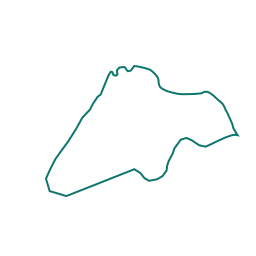 outline of Saratok, Sarawak, Malaysia, rotated 336°
{"feature_id": "92858781B50992839087050", "entity_name": "Saratok", "entity_type": "district", "adm_level": 2, "iso_a3": "MYS", "parent_name": "Malaysia", "parent_adm1": "Sarawak", "projection": "orthographic", "projection_center": [111.486, 1.78], "detail": "fine", "context": "isolated", "style": "outline", "palette": "teal", "viewbox_px": 256, "rotation_deg": 336, "n_neighbors": 0, "source": "geoboundaries", "source_scale": "gbopen_adm2", "svg_char_len": 1216}
<svg xmlns="http://www.w3.org/2000/svg" viewBox="0 0 256 256"><g transform="rotate(336 128 128)"><path d="M225.2,179.2L224.1,171.6L224.6,168.8L224.9,166.2L224.9,154.3L224.6,152.3L224.6,148.7L224.4,144.9L223.0,141.5L221.6,138.8L219.2,133.0L216.8,128.9L215.1,127.1L212.4,126.0L209.3,126.2L206.9,125.4L203.2,124.2L199.8,122.8L196.0,121.2L191.3,119.2L187.3,117.0L181.9,112.9L177.9,109.5L177.0,108.1L175.4,106.5L174.0,103.6L173.9,101.9L174.3,99.4L175.3,96.8L175.7,94.2L175.3,91.8L174.6,89.7L173.3,86.4L171.9,83.8L167.8,80.1L164.1,77.3L163.0,76.5L161.3,75.3L158.9,73.9L153.9,76.7L151.0,76.1L150.4,74.4L149.9,71.4L148.5,70.4L144.8,69.3L141.4,70.7L140.6,73.0L140.2,74.7L138.3,75.3L136.2,73.5L136.5,70.7L135.1,69.6L131.7,71.9L120.7,82.4L116.7,86.3L113.0,87.1L105.7,91.7L100.8,95.7L90.6,99.9L80.5,107.5L75.0,111.2L67.7,116.1L57.6,121.8L49.1,126.8L39.6,134.5L32.4,141.0L30.8,153.8L44.0,165.1L116.3,168.2L116.9,168.1L121.0,174.2L122.7,180.7L125.8,184.8L133.8,186.7L139.9,186.0L145.9,182.6L148.5,178.3L151.9,174.6L158.7,169.3L162.1,165.5L171.5,160.1L177.5,160.9L181.6,165.7L186.0,172.7L191.3,176.6L197.3,176.6L205.3,176.3L212.8,176.3L219.8,176.8L223.2,177.8L225.2,179.2Z" fill="none" stroke="#0f766e" stroke-width="2"/></g></svg>